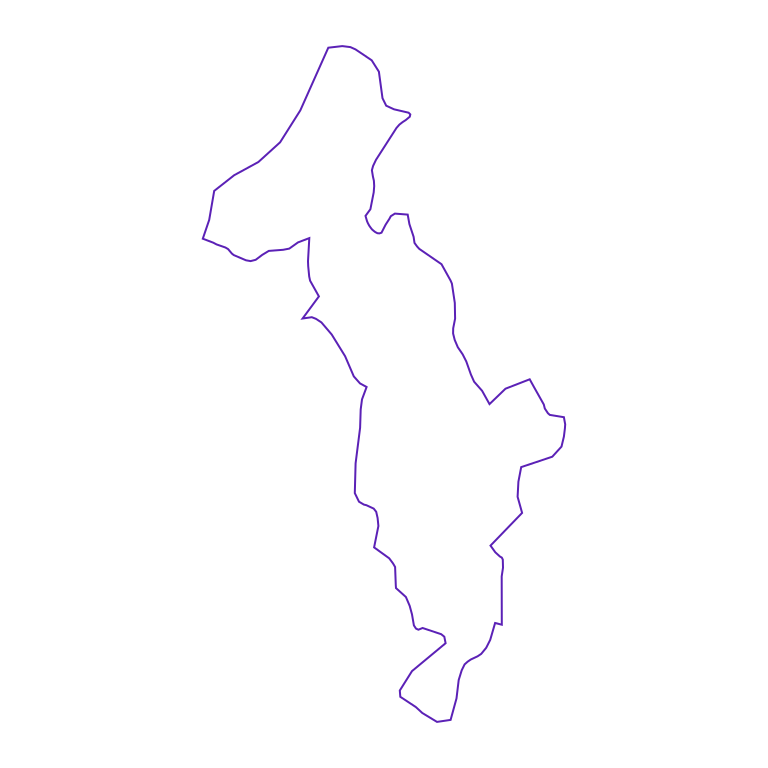 an SVG outline of Thimphu
{"feature_id": "BTN-2439", "entity_name": "Thimphu", "entity_type": "District", "adm_level": 1, "iso_a3": "BTN", "parent_name": "Bhutan", "parent_adm1": "", "projection": "equal_earth", "projection_center": [89.534, 27.565], "detail": "fine", "context": "isolated", "style": "outline", "palette": "violet", "viewbox_px": 768, "rotation_deg": 0, "n_neighbors": 0, "source": "natural_earth", "source_scale": "10m", "svg_char_len": 2136}
<svg xmlns="http://www.w3.org/2000/svg" viewBox="0 0 768 768"><path d="M202.8,238.7L209.2,219.9L214.2,190.9L234.2,175.2L258.4,162.0L280.1,142.3L300.3,110.4L328.3,47.7L342.3,46.1L350.4,47.1L355.5,49.4L371.7,60.3L378.9,71.7L382.5,98.2L386.2,105.7L394.0,109.3L408.6,112.7L410.3,114.4L409.8,116.7L405.7,120.1L402.6,122.1L399.4,124.6L396.5,127.9L376.0,159.8L373.1,165.9L371.9,170.2L372.9,176.4L373.9,180.8L374.2,186.1L373.7,192.4L370.4,209.2L365.5,215.9L367.0,221.1L367.9,223.2L369.2,225.6L370.6,227.6L372.0,229.4L373.6,230.8L375.3,232.1L377.4,233.2L379.4,233.4L381.5,232.7L385.6,224.7L389.4,218.8L390.8,216.2L394.9,213.6L407.7,214.6L409.4,224.1L413.6,236.8L414.5,242.9L417.1,246.5L419.3,248.9L441.5,264.2L450.6,280.6L451.9,283.6L454.8,302.9L455.1,318.6L453.2,328.3L453.1,333.5L454.7,339.9L457.8,347.2L462.7,354.4L466.3,361.5L470.9,374.5L474.1,381.7L482.1,390.8L489.5,404.1L505.5,388.7L529.7,379.3L533.9,386.9L543.8,404.5L544.8,408.5L547.9,413.2L549.8,414.9L563.9,417.2L565.2,424.4L564.9,428.5L563.9,436.6L561.5,446.6L552.3,456.7L521.2,467.1L518.4,481.7L517.6,496.8L522.1,512.9L490.5,545.6L495.3,552.3L499.9,556.5L501.8,557.6L502.8,559.6L503.0,567.7L501.7,576.4L501.8,624.7L495.1,623.0L490.2,639.9L486.2,647.8L481.2,653.9L477.6,656.3L470.8,659.5L467.6,661.7L464.6,664.4L461.7,670.3L458.7,680.0L456.5,698.4L450.6,719.9L437.0,721.9L422.3,713.0L415.9,707.1L400.3,696.8L399.8,690.5L412.0,671.1L445.6,643.2L444.3,636.7L441.2,634.2L422.6,628.0L418.4,629.7L416.0,628.6L413.9,625.4L412.0,614.4L409.7,605.9L405.9,597.0L396.0,588.1L395.8,585.6L395.1,567.0L393.0,563.4L389.2,558.3L374.1,547.4L378.4,526.0L377.6,518.0L376.2,511.8L373.7,508.6L366.4,505.2L363.9,504.6L359.0,501.7L354.8,493.1L355.6,463.3L360.1,427.8L360.7,409.4L362.0,399.4L366.6,387.0L360.0,383.4L353.8,376.4L345.1,356.2L331.7,334.5L321.4,322.4L315.9,318.8L311.8,317.2L302.6,318.5L318.9,296.4L310.1,280.7L309.2,276.5L308.2,266.2L308.0,261.2L309.3,238.1L298.0,242.4L289.3,248.6L283.1,249.8L268.8,250.9L262.2,254.9L255.7,259.8L250.6,261.1L246.0,260.3L233.8,255.1L231.9,253.6L228.1,249.1L225.4,247.5L216.5,244.4L213.3,242.7L202.8,238.7Z" fill="none" stroke="#5b21b6" stroke-width="2"/></svg>